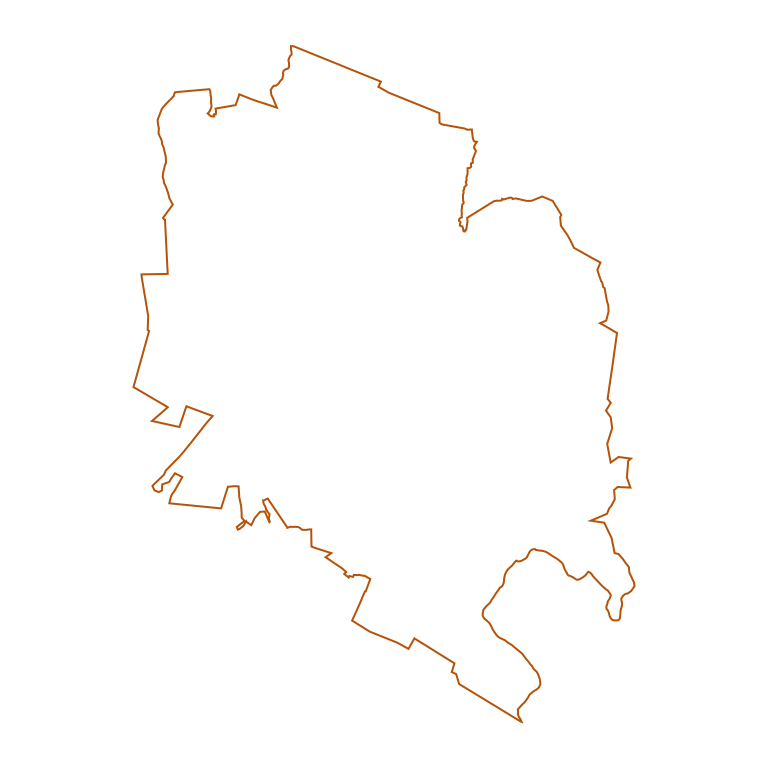 Ixtlahuacán, Colima, Mexico (Albers equal-area conic projection)
{"feature_id": "50627088B68671951504705", "entity_name": "Ixtlahuacán", "entity_type": "district", "adm_level": 2, "iso_a3": "MEX", "parent_name": "Mexico", "parent_adm1": "Colima", "projection": "albers", "projection_center": [-103.676, 18.957], "detail": "fine", "context": "isolated", "style": "outline", "palette": "amber", "viewbox_px": 768, "rotation_deg": 0, "n_neighbors": 0, "source": "geoboundaries", "source_scale": "gbopen_adm2", "svg_char_len": 6069}
<svg xmlns="http://www.w3.org/2000/svg" viewBox="0 0 768 768"><path d="M173.8,96.0L165.1,104.9L161.9,108.8L157.6,119.9L158.0,124.5L158.9,128.3L158.6,131.4L158.6,133.5L159.7,136.2L161.0,138.7L162.0,141.8L162.1,144.2L163.6,147.5L165.8,156.9L166.0,162.9L165.0,164.9L164.5,167.1L163.2,172.3L162.7,176.7L163.7,180.3L164.0,183.0L165.9,186.7L168.0,192.7L169.5,198.5L172.8,204.6L163.0,217.9L163.6,218.8L165.0,219.8L167.7,273.9L141.5,274.4L141.8,277.8L148.2,315.9L147.7,330.0L149.1,331.0L133.5,387.1L167.8,407.2L162.4,412.0L152.0,421.0L179.4,427.0L186.4,406.3L212.6,416.0L205.9,423.7L190.6,443.2L182.6,453.0L178.9,457.2L165.8,470.5L164.0,474.7L152.4,485.8L154.4,490.3L158.7,492.1L161.9,490.5L162.2,484.4L165.4,483.3L167.3,482.7L169.3,481.8L171.0,478.9L174.9,473.3L182.3,477.0L174.9,490.3L172.2,494.0L170.9,496.7L169.3,503.3L221.1,508.4L227.9,486.8L234.4,486.2L238.6,486.4L239.3,497.4L241.1,505.9L241.6,512.4L241.7,517.8L244.5,520.9L236.8,527.0L237.8,529.6L239.8,528.8L240.3,528.3L243.2,526.1L246.2,521.4L246.3,521.7L251.2,525.2L254.7,518.1L260.0,511.9L264.8,511.5L269.3,522.1L269.8,521.6L269.6,521.3L268.8,518.2L269.6,514.3L267.3,511.4L266.5,509.7L265.9,509.1L265.9,508.2L265.1,506.3L263.6,503.6L263.1,500.3L264.0,500.3L267.7,498.5L287.4,527.6L287.4,527.8L290.0,526.8L293.6,526.9L295.4,526.8L297.0,526.9L298.6,527.2L300.0,528.0L302.1,529.8L306.0,529.9L309.3,529.4L311.2,529.4L311.5,546.6L317.1,548.6L331.3,553.1L325.6,557.2L342.0,568.3L346.2,572.0L344.2,573.9L348.7,577.5L349.4,576.0L352.9,576.9L353.2,576.8L353.8,574.9L358.1,575.1L358.5,574.8L364.6,576.0L364.7,575.8L367.5,577.4L367.5,577.5L370.3,579.0L365.8,591.2L365.7,591.4L364.9,591.4L359.2,604.9L352.1,620.6L369.7,631.6L397.3,642.7L408.5,648.9L414.4,638.4L454.4,663.3L451.8,672.0L456.2,674.1L459.1,684.0L521.0,721.7L521.6,721.9L520.0,718.5L518.7,716.8L518.3,715.2L517.8,714.2L518.1,712.3L517.8,709.4L521.8,704.9L523.6,703.3L525.4,701.3L527.7,698.0L529.6,694.6L533.0,691.7L535.1,690.3L536.2,689.8L538.5,687.9L539.2,686.9L539.7,685.6L540.3,684.6L540.3,682.9L539.9,680.2L539.7,678.8L538.2,674.6L536.9,672.1L535.5,670.7L533.7,669.1L531.9,665.9L530.2,664.1L529.2,662.6L525.6,658.3L524.3,656.5L522.1,653.6L511.6,644.9L507.5,642.4L504.9,640.2L500.8,638.4L498.0,636.7L496.2,634.6L493.0,630.0L490.7,625.2L489.3,623.0L486.0,619.9L484.6,619.0L482.7,616.0L482.7,614.2L483.3,610.1L484.7,608.1L485.9,606.8L487.7,604.9L489.7,603.2L491.7,599.7L493.9,596.7L495.9,593.4L500.1,587.5L501.8,586.6L502.8,585.0L503.7,583.0L504.3,577.8L504.9,575.0L505.7,572.9L507.8,569.5L512.4,565.2L515.4,561.5L516.4,560.6L516.9,560.8L517.6,561.3L519.0,561.5L521.9,560.7L523.0,559.9L525.1,558.9L526.9,557.2L529.5,552.0L530.6,550.6L532.1,549.6L533.9,549.1L535.4,549.3L535.8,549.9L539.7,550.6L541.7,550.7L543.7,551.2L545.8,551.8L548.8,553.5L551.0,555.1L557.6,559.2L560.4,561.5L562.0,562.9L563.2,564.8L564.5,568.8L565.4,570.7L566.8,572.8L567.3,574.1L567.9,575.0L568.5,575.5L569.8,575.8L573.6,577.6L575.4,579.0L576.8,579.6L577.6,579.8L579.2,579.4L582.3,577.7L585.3,575.5L586.8,573.7L588.1,571.9L588.6,571.9L589.5,572.3L590.6,573.0L592.2,574.9L592.7,575.7L593.5,576.8L601.8,585.6L603.8,587.4L604.9,588.3L605.6,589.2L606.6,589.7L608.0,590.7L610.3,594.1L610.8,595.3L609.6,598.8L607.9,601.2L607.3,603.8L606.3,606.9L606.7,609.2L608.0,610.7L608.9,612.9L609.7,616.3L611.0,618.6L611.9,619.6L613.3,620.2L614.6,620.4L616.1,620.5L618.4,620.2L619.7,618.8L620.2,616.0L620.6,610.3L621.4,607.7L622.0,605.4L622.1,603.8L622.0,602.6L621.6,601.3L621.2,598.8L622.9,596.0L624.6,594.4L626.5,593.6L627.5,593.6L631.1,591.1L634.5,586.2L634.0,582.5L629.4,572.6L628.9,567.1L625.4,562.7L622.6,558.6L618.5,554.0L614.6,553.1L611.6,538.0L604.2,522.7L590.8,520.7L607.0,513.8L609.1,508.5L611.1,506.1L614.8,499.3L614.1,490.0L617.7,487.0L630.4,487.6L626.9,477.5L628.2,460.9L630.9,458.6L618.6,457.0L610.7,462.5L607.2,443.9L612.2,428.1L610.7,417.3L606.0,410.6L610.8,402.8L607.6,398.9L612.7,364.0L617.0,333.0L602.2,324.3L600.1,323.2L606.2,320.6L608.5,311.9L608.4,307.4L608.2,305.0L607.0,301.4L604.6,288.1L603.3,287.2L602.1,282.3L601.1,281.2L598.7,274.2L597.4,269.9L600.4,262.5L592.0,258.0L573.9,247.8L570.5,240.6L567.2,234.7L560.9,225.7L560.2,217.1L561.3,214.9L552.7,200.9L542.2,196.5L531.6,200.8L526.7,200.9L515.7,198.4L512.6,199.0L512.5,198.4L511.4,197.7L509.6,197.7L503.7,199.5L502.1,198.8L501.7,200.4L499.0,200.8L497.0,200.6L493.8,201.3L467.2,217.8L467.5,221.4L466.3,229.5L465.6,229.7L465.5,230.6L464.9,231.5L464.4,231.5L463.6,231.3L463.4,230.7L462.9,227.8L462.3,226.4L460.6,226.1L459.9,225.5L460.0,224.0L460.5,222.5L460.0,221.5L459.1,221.0L459.0,220.0L459.5,218.6L460.9,217.7L461.9,217.3L461.7,214.8L461.8,212.1L461.5,210.7L462.0,207.5L462.0,205.8L462.6,204.1L463.5,203.4L463.7,202.0L463.1,201.1L462.9,194.9L463.5,193.4L463.6,192.3L463.6,191.7L463.3,190.7L464.2,189.2L464.3,188.4L464.1,188.0L464.1,187.6L464.4,187.1L466.5,185.1L466.6,184.6L465.9,182.5L465.8,181.8L466.1,181.2L466.6,180.6L466.5,177.0L467.5,174.5L467.6,168.2L469.5,168.0L471.1,166.9L471.0,163.4L472.8,162.7L472.7,159.3L476.0,151.0L474.0,147.7L474.7,145.1L476.9,141.8L474.1,141.4L472.9,138.6L471.8,129.5L467.2,129.7L464.6,128.5L441.9,124.4L439.5,122.8L439.5,120.8L439.3,113.1L388.8,92.7L378.4,86.8L380.9,81.6L293.7,46.3L291.0,46.1L290.9,49.8L291.2,50.6L291.5,52.0L291.6,54.1L291.4,54.9L290.4,55.7L289.5,57.2L289.2,58.2L288.7,59.0L288.5,60.0L288.5,61.1L288.9,62.1L289.1,65.3L289.0,66.8L288.7,67.2L288.7,67.9L287.6,68.8L286.3,68.9L285.9,69.1L285.6,69.5L284.4,70.1L283.3,71.4L283.0,73.0L283.0,73.4L283.3,74.3L283.2,75.4L282.7,76.9L282.6,78.4L281.9,79.4L280.6,80.6L279.9,81.5L279.0,83.0L277.5,84.5L276.1,85.6L274.9,85.8L273.9,85.7L272.6,87.0L270.7,90.0L271.4,95.0L273.0,98.2L276.9,107.7L266.0,104.0L256.8,101.1L250.4,98.8L239.3,94.3L238.4,97.3L235.6,105.1L215.6,108.6L216.0,111.1L216.0,111.8L215.8,114.4L214.9,114.4L214.5,114.2L213.8,114.4L213.7,114.7L214.2,116.5L213.7,116.6L210.7,116.2L209.6,115.2L207.7,113.4L208.7,112.4L210.0,110.7L210.8,108.8L211.6,106.1L211.1,103.1L211.0,100.6L211.2,98.4L210.9,97.4L210.9,96.5L210.5,94.6L210.3,91.0L209.3,89.2L175.2,92.2L174.2,94.0L173.8,96.0Z" fill="none" stroke="#b45309" stroke-width="2"/></svg>